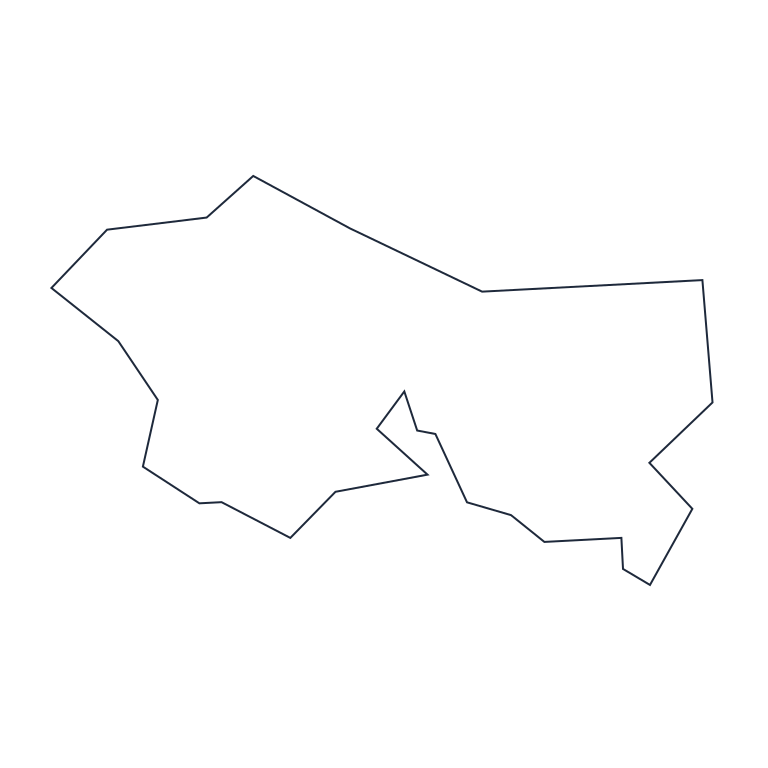 outline of Tuen Mun, rotated 357°
{"feature_id": "HKG-5166", "entity_name": "Tuen Mun", "entity_type": "state/province", "adm_level": 1, "iso_a3": "HKG", "parent_name": "Hong Kong S.A.R.", "parent_adm1": "", "projection": "natural_earth1", "projection_center": [113.971, 22.389], "detail": "fine", "context": "isolated", "style": "outline", "palette": "slate", "viewbox_px": 768, "rotation_deg": 357, "n_neighbors": 0, "source": "natural_earth", "source_scale": "10m", "svg_char_len": 513}
<svg xmlns="http://www.w3.org/2000/svg" viewBox="0 0 768 768"><g transform="rotate(357 384 384)"><path d="M639.1,598.6L613.0,581.2L613.0,550.1L535.9,550.1L504.0,521.6L460.7,506.5L432.7,436.6L414.7,432.2L403.9,392.5L374.4,428.3L422.7,476.8L329.9,489.1L282.4,532.8L215.6,493.5L193.4,493.5L138.9,453.9L157.3,388.1L120.9,327.3L56.9,270.7L115.5,215.4L215.6,208.5L264.3,169.4L358.1,226.8L486.8,296.9L707.4,296.9L711.1,419.6L644.9,476.6L685.4,524.8L639.1,598.6Z" fill="none" stroke="#1e293b" stroke-width="2"/></g></svg>